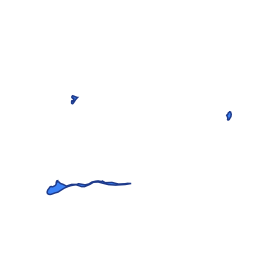 the district of Aulotu, Tuvalu, rotated 66°
{"feature_id": "33948139B63350704470627", "entity_name": "Aulotu", "entity_type": "district", "adm_level": 2, "iso_a3": "TUV", "parent_name": "Tuvalu", "parent_adm1": "", "projection": "natural_earth1", "projection_center": [178.346, -8.002], "detail": "fine", "context": "isolated", "style": "filled", "palette": "blue", "viewbox_px": 256, "rotation_deg": 66, "n_neighbors": 0, "source": "geoboundaries", "source_scale": "gbopen_adm2", "svg_char_len": 2425}
<svg xmlns="http://www.w3.org/2000/svg" viewBox="0 0 256 256"><g transform="rotate(66 128 128)"><path d="M151.6,211.9L150.3,212.7L149.1,213.1L148.6,214.1L147.8,214.0L147.5,213.7L147.3,214.3L147.8,215.1L148.5,215.2L148.9,216.0L149.7,216.2L150.5,217.0L150.8,217.6L151.1,218.9L151.0,219.5L151.1,220.5L150.9,221.2L150.6,221.6L150.1,222.0L150.1,223.0L150.3,223.6L150.6,224.0L150.9,224.5L151.3,225.1L151.6,225.8L151.9,226.3L152.3,226.8L152.9,227.3L153.4,227.8L154.1,228.1L155.2,228.2L156.4,227.3L157.1,226.1L157.4,224.4L157.6,221.3L158.1,218.1L157.5,214.2L157.0,210.5L157.1,206.2L157.4,203.7L158.1,200.7L158.8,198.5L159.6,197.6L160.9,196.1L162.6,194.4L163.9,191.6L164.0,185.8L163.5,181.6L165.2,177.2L168.4,173.2L171.8,168.8L175.1,162.6L178.5,153.5L180.0,147.7L178.4,150.9L177.7,153.5L175.4,159.4L173.1,162.4L171.2,164.8L168.7,171.0L166.0,173.0L166.2,173.9L164.2,176.8L163.5,179.0L162.7,182.9L163.2,186.5L162.5,190.3L158.8,195.8L158.7,197.7L157.6,200.3L156.6,202.5L156.3,205.0L156.0,207.9L152.9,210.4L151.6,211.9ZM155.1,27.8L154.5,28.6L154.8,29.0L155.0,30.1L155.2,30.5L155.5,30.7L155.9,31.1L156.2,31.4L156.3,32.0L156.4,32.6L156.7,32.8L157.1,32.7L157.6,32.6L158.2,32.7L158.5,32.7L158.9,32.6L159.4,32.7L159.7,32.9L160.1,33.1L160.4,33.3L160.5,33.4L160.7,33.6L160.9,33.6L161.1,33.6L161.2,33.4L161.5,33.1L161.5,32.6L161.3,31.9L160.9,31.5L160.5,30.9L160.2,30.5L160.0,30.2L159.7,29.7L159.1,29.1L158.5,28.8L157.7,28.2L156.8,28.0L155.1,27.8ZM76.0,165.5L76.1,165.8L76.2,166.0L76.3,166.1L76.5,166.4L76.6,166.5L76.8,166.7L77.1,166.7L77.3,166.8L77.5,166.7L77.9,166.7L78.0,166.7L78.3,166.5L78.3,166.4L78.4,166.2L78.4,165.9L78.5,165.8L78.5,165.7L78.8,165.5L79.0,165.5L79.3,165.6L79.4,165.8L79.4,166.0L79.5,166.0L79.8,166.1L80.2,166.3L80.4,166.5L80.5,166.6L80.7,166.8L80.9,167.0L81.0,167.1L81.1,167.3L81.0,167.6L81.0,167.8L80.9,167.9L80.7,167.9L80.4,167.8L80.3,168.0L80.3,168.3L80.6,168.5L80.9,168.7L81.1,168.9L81.4,169.0L81.6,169.1L81.9,169.1L82.1,169.2L82.3,169.4L82.5,169.4L82.8,169.3L82.9,169.2L83.1,169.0L83.3,168.8L83.3,168.6L83.0,168.0L83.0,167.9L82.8,167.5L82.3,166.7L82.1,166.4L81.6,165.6L81.1,164.9L80.8,164.4L80.6,164.0L80.5,163.7L80.4,163.6L80.3,163.3L80.1,162.8L80.0,162.6L79.9,162.5L79.9,162.4L79.8,162.2L79.6,161.7L79.5,161.9L79.4,162.0L79.1,162.3L79.0,162.5L78.8,162.6L78.5,163.0L78.2,163.3L77.9,163.6L77.4,164.0L77.1,164.3L76.9,164.6L76.6,164.8L76.4,165.0L76.0,165.5Z" fill="#3b82f6" stroke="#1e3a8a" stroke-width="1.5"/></g></svg>